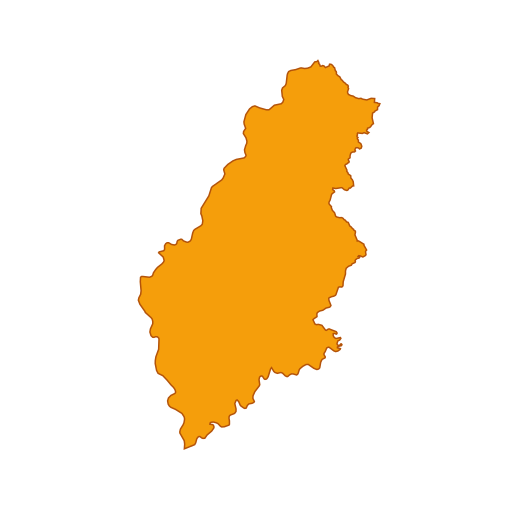 Buritizeiro, Minas Gerais, Brazil, rotated 195°
{"feature_id": "56859067B33679027231632", "entity_name": "Buritizeiro", "entity_type": "district", "adm_level": 2, "iso_a3": "BRA", "parent_name": "Brazil", "parent_adm1": "Minas Gerais", "projection": "albers", "projection_center": [-45.225, -17.281], "detail": "fine", "context": "isolated", "style": "filled", "palette": "amber", "viewbox_px": 512, "rotation_deg": 195, "n_neighbors": 0, "source": "geoboundaries", "source_scale": "gbopen_adm2", "svg_char_len": 6120}
<svg xmlns="http://www.w3.org/2000/svg" viewBox="0 0 512 512"><g transform="rotate(195 256 256)"><path d="M150.5,188.4L153.6,188.4L153.8,189.2L153.0,190.1L150.4,191.4L150.0,192.5L150.7,193.2L151.5,192.9L151.8,191.8L152.6,191.2L153.5,191.0L154.5,191.4L155.1,192.3L155.0,195.1L153.4,196.5L152.7,198.4L153.4,199.1L156.7,197.3L157.9,197.0L159.8,197.9L160.9,199.2L161.3,201.0L160.3,201.5L158.2,201.3L157.7,202.0L158.0,202.9L159.0,203.7L166.5,204.5L167.4,204.0L168.8,202.4L169.7,202.4L174.4,206.1L178.0,206.1L180.0,205.3L181.5,205.6L184.5,209.2L183.9,210.3L181.4,213.2L182.3,216.0L182.0,217.3L181.2,218.3L180.3,219.3L177.4,220.9L174.8,223.9L172.0,225.4L171.2,226.2L170.8,227.6L174.1,232.1L174.8,234.0L174.4,234.7L172.4,236.3L170.5,237.3L169.1,238.6L168.8,239.4L168.3,247.1L167.3,247.8L165.2,248.2L164.6,248.8L164.3,249.8L165.1,253.7L164.9,261.7L165.7,264.8L165.7,267.5L164.0,270.0L161.5,271.8L161.2,273.3L158.7,275.3L158.5,276.2L159.1,277.1L158.8,278.3L157.5,279.9L156.0,280.6L155.5,281.5L156.2,282.3L157.2,282.1L156.9,282.9L155.7,283.1L152.5,282.7L150.4,284.8L150.1,285.7L151.3,288.4L151.2,289.5L150.7,290.4L154.5,294.3L154.8,295.3L160.1,296.9L161.3,297.1L162.1,296.7L162.4,297.5L165.9,302.0L166.1,304.8L166.5,305.8L168.2,306.3L168.7,307.1L169.8,307.4L171.6,308.7L173.2,309.3L175.6,312.3L177.4,312.4L179.0,313.7L180.3,313.9L181.6,314.9L183.1,315.3L185.3,314.6L188.2,314.6L189.3,315.0L191.3,318.1L194.1,319.9L195.8,322.3L195.9,323.2L198.5,324.9L199.2,325.7L199.4,327.0L198.9,329.1L198.9,334.9L198.6,335.8L196.7,338.3L197.4,339.3L199.2,340.0L199.3,341.6L196.4,341.8L191.3,344.1L190.3,344.1L187.8,342.9L185.2,342.8L184.4,343.4L183.5,345.8L182.5,346.0L180.9,348.6L179.8,349.0L181.3,352.9L182.7,354.6L184.5,355.8L185.3,358.1L188.1,359.1L188.9,360.4L190.2,361.2L190.4,362.5L193.6,366.3L193.2,367.6L192.0,368.5L191.5,369.5L190.5,370.3L190.5,371.4L191.8,372.8L191.8,373.7L190.6,375.2L191.1,377.1L191.1,379.8L189.9,381.3L187.7,382.1L187.1,383.2L188.0,384.0L187.7,386.1L187.1,386.6L185.8,386.9L184.7,386.8L183.7,386.2L182.3,387.4L182.2,389.3L182.9,390.4L183.9,391.7L186.6,392.6L187.1,394.5L188.1,395.0L188.6,395.8L188.2,396.9L189.2,397.3L189.6,398.1L189.3,399.2L189.8,400.1L189.6,401.2L185.0,401.9L183.5,403.1L180.0,402.8L178.9,404.5L181.2,405.1L181.8,406.2L181.1,407.2L181.3,408.3L179.5,409.5L178.8,410.5L177.8,413.2L176.8,414.2L179.6,419.5L180.4,424.2L178.8,425.9L178.6,426.8L176.5,428.8L177.1,431.4L176.0,433.0L175.8,435.2L177.8,435.0L178.6,435.4L181.4,435.0L182.1,438.8L185.6,438.1L189.4,435.4L190.6,435.3L193.7,435.1L195.4,435.5L197.5,434.6L200.9,434.7L203.5,435.6L206.1,435.5L208.5,436.0L209.6,437.1L210.1,438.3L209.9,441.7L210.8,442.7L210.8,444.0L211.8,444.9L213.1,445.0L214.2,445.9L216.6,446.8L218.3,448.1L219.3,448.4L221.5,450.8L223.3,451.3L225.5,452.6L225.8,454.1L226.4,455.1L227.3,455.5L228.9,458.3L229.8,458.4L230.4,459.2L232.1,460.3L233.2,460.6L234.6,460.3L234.6,458.5L237.7,456.0L239.6,457.2L241.0,457.2L241.9,456.3L243.1,456.0L244.2,457.7L245.3,458.1L245.4,459.2L246.8,460.8L247.4,459.6L249.5,458.7L251.9,452.9L254.7,450.8L257.5,449.7L260.9,449.4L261.9,449.0L265.9,446.3L270.4,444.2L272.2,442.6L272.7,440.4L272.7,438.8L271.5,430.7L271.6,429.2L271.9,428.0L273.9,425.2L274.1,422.8L271.9,417.0L269.7,414.4L269.9,411.6L271.0,409.6L277.3,406.4L281.1,400.8L281.8,400.4L283.9,399.9L291.0,400.0L295.9,400.7L298.2,399.3L300.3,396.4L302.4,390.0L302.4,382.5L301.6,380.4L299.0,376.6L300.2,373.1L299.9,371.0L296.3,367.6L294.5,364.6L294.1,362.4L294.5,360.1L294.6,355.6L293.5,353.1L291.7,350.7L291.7,349.8L292.6,347.9L293.4,347.4L300.0,344.2L302.9,341.9L306.9,337.2L309.5,332.5L309.5,330.9L307.3,327.2L307.9,322.9L308.8,320.6L316.0,312.0L316.7,310.6L317.1,301.9L321.3,287.9L320.2,282.6L318.7,280.7L316.5,276.3L316.1,272.7L317.1,270.9L321.8,266.1L322.8,264.5L323.1,261.8L322.8,255.4L323.4,253.5L325.2,251.7L326.3,251.4L329.9,251.8L332.0,252.9L332.9,252.8L335.4,251.0L335.9,249.9L335.8,247.5L336.2,246.6L337.6,245.5L340.7,245.3L343.7,246.2L345.3,245.8L346.4,244.5L347.0,242.2L346.1,239.1L346.1,238.2L346.5,237.2L350.6,234.9L350.9,233.9L345.4,231.0L343.6,228.0L343.6,227.1L343.8,226.1L344.9,223.9L348.2,219.5L349.4,217.0L350.7,213.3L350.8,210.7L351.4,209.4L353.4,207.9L360.2,206.9L361.4,206.5L362.0,205.5L361.1,201.2L358.0,192.7L357.5,189.2L358.3,185.3L358.2,182.9L355.7,179.4L348.9,173.7L348.3,172.8L341.4,169.3L339.9,168.1L338.7,165.9L338.2,163.8L339.1,158.3L338.8,155.1L336.8,151.9L334.8,150.8L333.6,151.0L332.0,152.1L330.3,152.4L328.8,151.6L328.2,150.7L325.9,140.7L326.6,132.7L326.2,128.9L325.5,126.0L322.4,119.7L320.2,117.3L315.0,116.3L309.8,113.1L304.9,109.6L301.6,107.7L299.6,105.9L298.5,104.0L298.4,103.1L298.8,102.2L302.1,99.3L303.8,96.2L303.9,93.2L302.5,90.2L300.8,88.6L299.1,87.8L294.0,87.0L286.8,84.8L283.8,82.1L282.8,80.1L282.4,76.5L282.7,74.2L284.2,69.2L284.1,66.5L283.7,65.3L277.5,59.0L276.2,55.8L275.3,51.2L266.4,57.9L265.9,60.0L265.9,64.2L265.1,66.1L264.5,66.8L263.4,67.1L261.3,66.2L260.0,66.1L258.3,66.7L256.9,70.5L253.5,75.4L252.3,78.7L252.3,79.9L253.3,81.5L254.2,81.9L257.0,81.6L257.1,82.9L256.4,83.8L254.1,84.6L251.2,84.6L249.2,84.2L246.2,82.3L244.9,82.0L242.3,82.9L238.3,85.7L238.1,86.6L239.0,89.9L240.1,92.3L240.4,93.9L240.1,95.1L239.5,95.8L236.3,98.1L235.6,99.1L235.1,100.7L235.7,103.1L238.3,108.0L237.8,111.4L237.0,112.1L235.0,110.8L232.6,107.8L231.7,107.2L228.4,106.0L227.3,105.9L226.1,106.6L225.7,109.4L224.6,111.3L221.7,112.7L220.2,114.0L219.9,115.0L222.2,117.7L222.7,120.2L222.0,124.7L219.2,131.5L219.1,132.7L221.1,137.4L221.2,139.8L220.8,140.7L219.9,141.5L218.6,141.5L216.3,139.4L215.5,139.2L214.5,139.5L213.7,140.4L213.0,142.6L212.7,150.7L212.1,152.2L208.9,149.1L207.5,148.4L205.0,148.2L202.1,149.8L200.9,149.9L199.8,149.6L196.7,147.8L194.8,147.5L194.1,147.9L192.8,149.9L191.2,151.3L189.5,151.7L186.0,151.6L185.2,152.5L184.9,153.9L184.8,157.2L184.4,158.5L182.2,161.6L179.6,164.1L177.5,164.8L171.1,162.5L168.1,162.1L167.0,162.5L166.1,163.3L165.5,164.5L166.0,170.0L165.7,172.1L165.3,173.3L162.9,175.6L163.0,176.5L164.8,178.3L165.1,179.5L164.4,181.7L163.9,185.5L162.5,186.7L161.6,186.7L156.2,184.5L154.3,184.3L152.3,185.4L150.6,187.5L150.5,188.4Z" fill="#f59e0b" stroke="#b45309" stroke-width="1.5"/></g></svg>